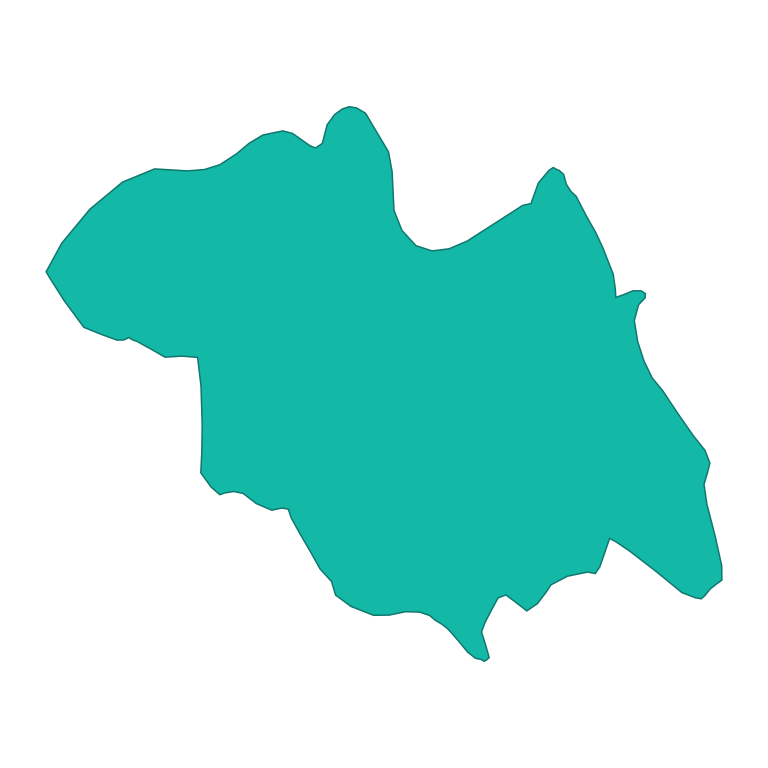 Northern, Natural Earth projection
{"feature_id": "RWA-3494", "entity_name": "Northern", "entity_type": "Province", "adm_level": 1, "iso_a3": "RWA", "parent_name": "Rwanda", "parent_adm1": "", "projection": "natural_earth1", "projection_center": [29.92, -1.616], "detail": "fine", "context": "isolated", "style": "filled", "palette": "teal", "viewbox_px": 768, "rotation_deg": 0, "n_neighbors": 0, "source": "natural_earth", "source_scale": "10m", "svg_char_len": 1866}
<svg xmlns="http://www.w3.org/2000/svg" viewBox="0 0 768 768"><path d="M432.0,250.9L449.1,248.8L467.1,241.1L522.5,205.5L531.0,203.5L538.4,182.9L549.1,170.2L553.3,167.5L556.8,169.6L559.1,170.3L563.7,174.5L566.3,184.2L570.8,191.3L576.1,196.2L586.4,216.1L595.5,232.1L602.7,247.4L609.7,265.2L613.2,274.1L615.3,288.7L615.8,297.4L623.2,294.8L633.0,290.8L641.0,290.8L645.4,293.6L645.1,297.9L638.6,304.7L634.3,320.6L637.7,341.7L644.0,361.0L652.1,377.8L662.7,390.7L677.5,413.0L693.4,435.8L705.0,450.4L709.9,463.1L707.1,474.0L704.0,484.5L706.9,504.3L715.3,536.7L721.7,565.7L721.9,580.1L717.3,583.4L710.3,588.9L704.5,596.0L701.2,598.8L695.2,597.7L681.9,592.6L656.4,571.7L629.4,550.9L615.9,541.8L609.6,538.4L605.4,550.8L599.8,566.9L595.3,573.5L587.5,572.1L567.5,576.2L551.0,584.8L546.4,591.8L537.5,603.6L526.8,610.9L516.8,603.1L505.9,594.9L498.0,598.0L491.8,609.5L485.1,622.3L481.5,631.9L486.0,646.3L489.2,657.6L486.1,660.3L484.0,661.3L481.8,659.7L475.3,658.2L467.4,651.9L459.5,642.2L452.9,634.5L447.7,628.8L441.7,624.1L435.2,620.2L429.6,615.5L419.7,612.1L405.4,611.7L389.2,615.1L373.5,615.3L351.1,606.5L335.6,595.1L331.5,581.5L320.1,569.0L310.5,551.8L299.6,533.1L291.2,517.9L288.3,509.2L282.0,508.0L271.8,510.2L256.5,503.7L243.1,493.4L233.9,491.5L224.6,493.0L219.8,494.7L211.0,487.0L200.8,472.8L201.8,452.2L202.2,424.8L201.0,386.1L197.6,357.4L181.6,356.1L165.1,357.2L149.9,348.5L136.7,341.3L132.3,339.8L129.1,337.5L123.7,340.0L117.0,340.1L101.6,334.5L83.9,327.4L64.2,300.7L49.6,277.7L46.1,271.8L61.8,243.1L89.9,209.2L122.5,182.1L154.6,168.9L187.4,170.9L204.6,169.5L219.8,164.7L236.6,153.8L249.2,143.2L262.9,135.0L282.8,130.9L292.5,133.4L309.9,145.7L315.5,148.0L322.3,143.4L327.2,124.7L334.6,114.6L342.1,109.1L349.2,106.7L356.5,107.9L365.5,113.2L388.5,151.8L392.1,171.6L394.0,210.5L402.0,230.5L416.0,245.7L432.0,250.9Z" fill="#14b8a6" stroke="#0f766e" stroke-width="1.5"/></svg>